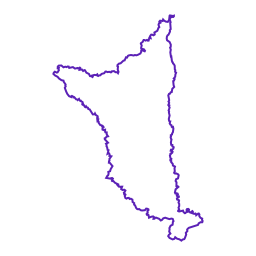 outline of Serra do Navio, Amapá, Brazil
{"feature_id": "56859067B94822080065950", "entity_name": "Serra do Navio", "entity_type": "district", "adm_level": 2, "iso_a3": "BRA", "parent_name": "Brazil", "parent_adm1": "Amapá", "projection": "orthographic", "projection_center": [-52.252, 1.643], "detail": "fine", "context": "isolated", "style": "outline", "palette": "violet", "viewbox_px": 256, "rotation_deg": 0, "n_neighbors": 0, "source": "geoboundaries", "source_scale": "gbopen_adm2", "svg_char_len": 5840}
<svg xmlns="http://www.w3.org/2000/svg" viewBox="0 0 256 256"><path d="M108.9,162.6L109.5,162.5L112.5,166.1L110.6,169.3L110.1,171.2L108.3,171.9L108.6,173.7L108.1,175.4L107.3,175.9L106.2,177.9L110.8,178.7L111.0,178.2L112.1,178.0L112.9,178.6L111.9,180.8L112.2,181.1L113.3,181.0L115.0,182.8L118.3,184.4L118.3,185.0L117.6,185.2L118.8,186.6L119.6,186.5L120.9,187.4L121.3,186.7L122.1,186.7L121.2,189.1L122.6,190.0L124.3,189.7L125.4,190.5L124.5,192.3L123.9,192.6L124.2,194.1L125.2,194.2L125.5,194.7L124.7,195.9L125.4,198.0L126.5,198.6L127.5,198.0L128.8,197.9L129.7,199.0L130.8,198.7L132.4,199.6L132.6,202.0L134.2,203.1L134.1,204.6L135.1,205.4L136.1,207.9L137.1,209.0L138.1,209.3L139.1,209.0L140.9,210.3L142.1,210.5L144.9,210.2L146.2,208.6L147.5,208.8L148.4,209.3L148.5,210.0L147.4,211.0L147.7,212.5L146.6,214.0L147.1,214.9L148.2,214.7L148.5,215.0L149.0,217.7L151.1,216.8L153.1,216.4L153.9,217.0L153.5,218.8L154.5,218.7L155.2,217.8L156.0,217.6L159.1,218.8L160.8,220.5L162.0,219.9L163.3,218.3L165.2,217.7L169.3,219.1L171.4,218.6L172.7,218.9L173.5,221.1L172.9,221.9L172.6,224.7L170.6,225.7L169.4,228.1L169.6,229.2L169.2,231.6L170.4,233.6L168.9,234.8L168.2,236.1L169.5,237.9L172.6,239.4L174.4,238.8L175.2,237.2L177.1,238.7L179.4,239.3L181.4,240.6L182.5,239.6L184.3,239.1L184.9,238.0L186.2,234.5L185.8,232.9L187.4,231.0L187.1,229.8L187.6,228.9L188.9,227.8L198.0,224.9L198.7,223.3L200.6,222.2L202.1,222.3L202.4,222.0L202.6,220.9L202.0,219.9L202.2,218.6L200.5,217.8L199.4,216.3L199.2,215.1L199.4,214.5L198.9,213.6L198.3,213.5L196.2,215.2L195.9,213.9L195.5,213.5L194.2,213.9L192.5,213.3L192.9,211.9L192.4,211.1L191.7,211.5L191.1,212.8L190.1,212.5L188.7,210.9L189.0,209.5L188.2,208.9L187.0,209.1L186.6,209.7L186.6,210.2L187.7,211.4L187.6,211.9L186.5,211.9L185.3,213.1L184.8,213.2L183.5,212.0L183.0,210.6L179.1,211.5L178.1,211.0L178.2,210.5L179.2,209.4L178.5,207.7L179.2,206.1L179.2,203.9L178.5,202.6L179.1,200.8L178.9,200.2L177.1,199.5L176.9,198.4L178.9,196.9L178.8,196.4L177.2,196.2L176.8,195.7L176.8,195.2L177.9,194.4L177.6,193.6L176.5,193.2L175.4,193.5L174.9,192.6L175.6,189.3L178.4,186.9L177.8,186.3L177.3,186.6L176.4,186.3L176.5,182.3L175.6,181.0L176.1,179.2L178.0,178.4L178.7,175.2L178.1,174.3L176.2,173.4L175.1,173.6L174.1,172.8L174.8,171.3L174.5,168.3L175.0,166.6L172.9,165.5L172.7,163.8L171.2,162.2L171.3,161.1L170.4,160.6L170.3,160.1L170.8,160.0L171.4,158.9L170.4,158.0L169.9,155.3L170.7,154.3L170.5,153.7L171.7,153.1L171.7,152.5L172.3,152.5L172.6,151.7L171.8,150.8L170.7,150.7L170.8,150.2L171.0,149.7L172.2,149.7L173.3,148.7L173.7,147.2L172.4,146.4L172.4,145.0L171.2,144.8L170.9,142.4L171.5,139.4L171.1,139.1L170.6,137.1L171.0,136.6L170.8,135.2L172.0,134.5L172.1,133.5L172.9,132.2L173.4,128.7L173.0,126.9L172.1,127.2L171.7,126.8L171.5,125.3L170.4,124.6L169.7,123.4L170.2,121.5L169.6,121.5L169.1,120.8L168.8,119.0L169.6,115.5L168.9,112.5L169.1,111.3L168.6,110.6L169.6,107.5L169.0,106.4L169.4,105.3L169.0,105.0L168.7,105.3L168.3,105.0L169.2,102.9L168.5,101.5L169.1,100.8L169.1,99.6L168.3,95.4L169.0,93.9L169.8,93.8L170.7,92.3L171.7,92.1L172.3,88.8L174.2,86.9L173.6,85.2L173.2,81.1L173.9,80.7L174.6,79.1L173.8,78.5L175.2,76.7L175.4,74.4L176.1,72.7L175.1,71.8L175.3,70.1L174.8,69.3L174.7,65.8L174.1,64.5L173.0,63.4L172.8,62.4L172.4,62.2L171.9,60.9L171.3,56.4L170.9,56.5L170.3,52.3L170.8,49.7L170.1,47.6L170.7,46.9L170.8,44.7L169.6,42.0L167.1,40.3L166.7,38.6L166.9,36.6L167.6,35.3L168.5,34.7L170.0,31.6L169.8,30.2L170.7,29.1L170.2,22.7L170.6,22.3L170.3,21.0L169.7,20.2L170.2,17.6L172.3,16.9L173.2,17.0L173.9,16.3L173.9,15.7L173.1,16.0L169.9,15.4L169.6,15.7L169.1,19.9L167.8,21.9L165.8,21.6L164.1,20.6L163.1,19.5L162.6,21.0L160.1,20.7L159.3,21.6L159.4,22.2L160.3,22.8L158.9,23.6L158.5,24.8L159.3,27.1L158.5,27.8L157.3,30.8L154.4,32.5L154.7,34.5L153.5,35.3L151.9,34.6L151.1,34.7L150.0,36.3L150.6,38.2L149.3,37.9L148.6,40.6L147.9,40.7L147.0,39.9L145.6,40.6L144.3,40.0L143.6,40.0L142.6,42.0L140.9,43.2L140.8,43.7L141.7,45.4L141.1,48.0L141.3,48.7L143.9,49.3L145.0,50.8L144.7,51.3L141.9,50.1L141.2,50.7L141.2,51.8L140.4,53.5L137.9,54.8L136.4,55.3L134.9,55.0L133.7,55.5L131.0,55.0L128.8,55.4L128.0,55.8L127.0,57.6L126.0,57.3L124.6,60.4L123.5,60.6L120.6,63.3L119.0,63.6L117.5,65.0L117.4,66.2L118.0,66.6L117.7,69.4L118.5,71.9L118.0,73.2L117.1,72.2L115.5,72.2L114.0,71.1L111.6,71.4L111.3,72.2L110.9,72.4L109.2,71.8L107.5,72.1L106.0,71.5L105.4,71.6L104.2,73.2L101.6,73.9L100.3,75.3L99.0,75.4L98.2,76.0L97.5,75.7L97.2,74.4L96.1,75.1L94.4,74.9L92.3,75.5L92.8,76.5L92.5,77.0L91.2,76.2L90.0,76.1L88.9,73.9L86.4,72.7L84.9,70.2L84.3,70.1L83.1,71.0L81.8,69.4L79.6,69.8L80.2,67.9L79.8,67.6L78.1,68.5L77.5,68.0L75.0,68.6L72.9,67.1L69.2,67.9L68.7,66.6L67.6,66.5L66.6,67.1L65.2,66.7L63.5,67.3L61.4,65.5L58.8,65.6L57.8,66.5L57.7,68.1L58.8,68.0L58.5,69.2L58.9,70.1L57.6,72.3L56.8,72.6L54.8,71.7L53.8,72.7L53.4,73.9L55.1,75.5L57.6,76.8L59.0,78.5L61.5,80.2L63.5,80.6L63.8,81.9L65.6,84.5L65.3,85.3L65.7,86.3L64.8,87.8L66.2,91.6L67.3,93.9L69.1,96.2L71.4,97.1L71.4,96.2L71.9,95.9L73.6,96.9L74.0,97.5L74.4,97.3L76.1,99.3L77.5,99.6L77.7,100.0L79.0,98.9L79.8,100.6L80.8,100.7L80.9,101.2L82.5,102.0L82.9,103.3L82.2,104.1L82.5,104.6L83.1,104.2L83.7,104.8L84.8,106.8L85.6,107.2L86.1,106.4L86.7,107.3L87.9,107.7L88.3,109.0L89.7,109.4L92.8,114.4L94.6,114.3L95.0,113.5L95.7,114.9L97.6,116.2L97.8,117.2L97.2,117.7L97.2,118.7L98.3,119.1L98.1,120.0L97.4,120.2L97.5,121.4L98.2,121.2L98.7,121.8L98.7,122.9L100.3,125.1L101.5,125.3L102.0,126.2L102.6,125.9L103.4,126.7L103.6,127.2L102.5,128.3L102.5,129.6L103.6,130.1L105.1,129.7L105.1,131.8L105.5,132.4L106.7,132.4L106.7,134.3L108.0,136.3L106.6,136.6L105.7,137.8L104.7,138.3L104.8,139.3L108.0,142.7L106.0,143.7L106.6,144.8L106.5,146.3L107.1,147.2L107.6,149.9L108.5,150.2L107.6,153.7L108.7,153.1L109.2,153.5L109.7,155.0L109.4,155.9L111.3,156.3L109.4,158.9L109.5,160.5L109.0,161.1L108.9,162.6Z" fill="none" stroke="#5b21b6" stroke-width="2"/></svg>